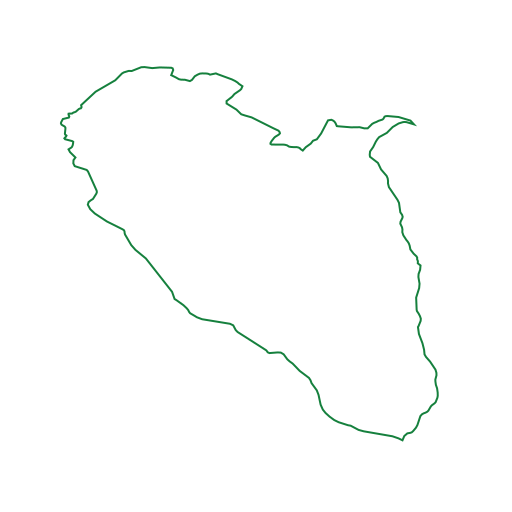 Casanare, Equal Earth projection, rotated 82°
{"feature_id": "COL-1422", "entity_name": "Casanare", "entity_type": "Intendancy", "adm_level": 1, "iso_a3": "COL", "parent_name": "Colombia", "parent_adm1": "", "projection": "equal_earth", "projection_center": [-71.807, 5.325], "detail": "fine", "context": "isolated", "style": "outline", "palette": "green", "viewbox_px": 512, "rotation_deg": 82, "n_neighbors": 0, "source": "natural_earth", "source_scale": "10m", "svg_char_len": 3645}
<svg xmlns="http://www.w3.org/2000/svg" viewBox="0 0 512 512"><g transform="rotate(82 256 256)"><path d="M147.6,81.3L144.4,88.3L143.9,90.4L143.9,92.0L144.6,96.3L147.3,102.7L152.3,109.3L155.4,117.5L157.2,119.5L159.4,121.4L164.4,124.8L168.4,128.5L171.6,129.3L173.6,129.3L180.8,122.3L187.7,120.1L194.9,115.5L197.5,114.8L200.1,114.8L202.4,115.2L206.3,114.8L220.0,108.1L223.3,107.0L232.8,107.0L235.6,105.6L237.6,105.3L238.8,105.8L242.2,108.1L244.1,108.6L247.9,107.4L250.1,107.3L252.8,107.8L256.1,107.2L261.0,104.9L262.8,103.8L264.8,102.9L267.2,102.4L271.0,102.2L275.6,99.6L278.7,97.1L280.1,96.6L281.6,96.9L283.6,96.4L285.8,96.8L288.3,94.4L292.5,95.4L296.4,97.5L299.4,98.1L306.2,97.9L310.5,98.9L319.5,103.2L331.6,104.4L332.9,104.3L335.8,102.9L338.4,102.0L341.0,101.5L343.2,102.0L348.2,104.9L348.9,105.5L355.9,105.5L365.6,103.3L372.2,102.6L376.9,102.8L379.6,101.7L384.8,98.3L393.5,94.1L396.8,93.6L399.3,93.9L403.3,95.6L405.2,95.8L408.6,95.8L412.2,95.1L416.6,95.1L419.8,95.5L421.6,96.1L425.8,98.5L426.8,99.8L428.3,102.6L429.3,103.8L433.1,106.8L434.0,108.0L434.7,109.8L435.1,111.7L435.8,113.6L437.4,115.5L445.9,119.7L448.3,121.5L451.2,124.7L452.3,126.3L452.6,127.8L452.7,130.8L454.9,134.2L458.9,136.6L456.4,140.3L453.5,146.0L444.6,173.7L442.5,178.6L437.2,185.9L436.4,188.4L432.1,197.3L429.3,201.4L425.3,205.5L421.1,209.0L417.4,211.2L412.2,212.7L402.2,213.4L397.5,214.5L389.6,218.7L386.7,219.3L384.1,220.5L375.9,228.7L367.6,234.7L365.0,237.4L362.6,239.4L357.2,242.3L355.1,244.9L354.5,248.0L354.0,256.2L353.0,257.8L350.9,258.9L328.7,284.8L326.5,286.4L321.5,288.2L319.5,291.2L311.1,318.2L308.4,323.1L306.9,324.9L303.5,329.2L301.9,330.1L300.2,330.6L298.1,331.9L294.6,334.7L288.4,341.2L287.3,342.6L279.8,344.1L243.1,365.4L233.2,374.5L227.9,378.0L216.5,382.7L215.0,382.9L213.5,382.8L212.2,383.1L211.0,384.4L201.1,398.8L191.5,409.7L186.6,413.6L181.8,415.4L179.3,414.3L177.9,411.9L176.8,409.5L172.0,405.4L170.6,404.7L169.2,404.7L148.9,410.6L147.2,411.7L141.8,423.0L138.9,424.0L135.7,423.4L133.3,421.1L127.3,425.7L124.3,426.8L123.0,424.0L122.3,423.0L120.6,422.0L118.8,421.4L117.4,421.1L116.6,422.1L113.8,428.8L112.8,429.4L112.1,428.6L111.3,427.5L110.4,426.9L110.1,427.1L109.7,427.6L109.1,428.1L108.2,428.2L103.4,427.0L102.2,426.9L101.1,427.5L99.4,429.7L98.7,430.4L97.3,430.7L96.4,430.3L93.5,428.2L93.0,423.5L92.9,422.1L92.0,421.5L90.9,421.7L89.9,422.0L89.0,421.8L89.0,420.7L89.2,419.7L89.3,418.3L88.5,416.8L88.4,415.7L88.0,414.3L85.8,411.0L85.4,409.7L85.4,408.9L84.8,408.3L84.2,408.0L82.3,408.2L71.0,392.0L62.4,370.9L56.6,363.3L55.8,361.4L55.0,356.4L55.5,353.3L53.1,343.4L53.4,340.1L55.5,332.6L55.9,324.9L57.8,313.7L58.6,312.4L60.3,312.1L65.1,314.8L68.1,310.4L70.2,307.7L70.9,305.8L71.6,301.8L73.6,297.1L72.7,294.9L69.5,291.6L68.3,288.7L67.6,286.2L67.7,283.9L68.3,280.1L68.7,278.6L69.1,277.6L70.0,276.3L69.6,270.3L70.6,268.7L77.7,255.4L79.8,252.3L81.7,250.1L83.1,249.0L86.0,245.8L88.6,247.4L89.6,248.8L92.6,254.8L94.9,257.4L98.5,263.6L100.9,263.9L108.3,255.0L113.6,250.9L115.4,247.2L118.1,241.1L132.0,220.9L135.0,216.3L136.5,215.4L137.8,215.2L138.7,216.1L139.4,217.5L140.6,220.3L141.4,221.5L144.2,224.4L145.9,225.8L146.9,226.1L147.8,225.1L149.5,213.4L149.9,211.8L150.7,209.9L152.3,208.0L152.9,206.1L153.4,203.7L153.8,200.7L154.4,199.0L155.3,197.6L156.2,197.1L158.1,195.0L155.2,191.6L152.3,186.1L149.8,183.5L148.9,179.5L143.8,174.5L131.7,165.8L131.6,162.4L132.4,161.1L133.7,159.7L135.7,158.7L138.6,157.9L139.0,156.5L141.8,144.0L142.9,135.4L144.7,130.9L145.1,127.6L141.3,122.5L140.5,120.3L140.0,118.1L139.2,115.8L138.5,111.8L137.8,110.7L135.9,109.3L135.6,108.1L135.7,106.3L138.2,95.5L143.4,84.2L147.6,81.3Z" fill="none" stroke="#15803d" stroke-width="2"/></g></svg>